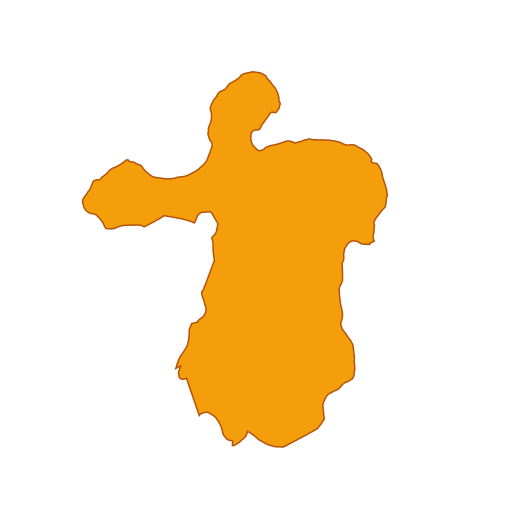 Bois D'Orange/Trouya, Gros Islet, Saint Lucia (Mercator projection), rotated 46°
{"feature_id": "8701671B8810495152060", "entity_name": "Bois D'Orange/Trouya", "entity_type": "district", "adm_level": 2, "iso_a3": "LCA", "parent_name": "Saint Lucia", "parent_adm1": "Gros Islet", "projection": "mercator", "projection_center": [-60.971, 14.062], "detail": "fine", "context": "isolated", "style": "filled", "palette": "amber", "viewbox_px": 512, "rotation_deg": 46, "n_neighbors": 0, "source": "geoboundaries", "source_scale": "gbopen_adm2", "svg_char_len": 6130}
<svg xmlns="http://www.w3.org/2000/svg" viewBox="0 0 512 512"><g transform="rotate(46 256 256)"><path d="M326.6,166.3L326.0,165.7L327.4,160.5L325.1,159.7L324.0,159.0L322.6,157.4L321.3,155.3L320.2,153.9L318.7,152.5L317.4,150.7L316.0,149.3L314.2,148.4L313.4,147.1L312.2,143.8L311.9,142.4L311.8,140.7L311.2,138.0L311.0,135.4L310.6,133.8L310.6,130.1L310.2,128.4L308.8,126.7L307.4,124.7L305.9,123.0L304.6,121.5L304.1,119.8L298.0,115.4L286.8,109.9L285.8,109.2L284.6,108.4L282.7,107.2L279.6,105.9L275.1,104.9L273.4,104.8L271.1,106.6L270.0,107.3L268.5,107.6L267.8,107.4L267.5,106.6L266.8,105.5L264.3,104.9L262.5,104.8L260.7,104.4L258.2,104.6L255.2,105.0L253.6,105.1L249.9,106.4L248.3,107.0L247.1,107.3L244.5,108.1L243.3,109.1L241.1,111.5L240.6,112.3L239.3,113.6L238.4,114.2L236.5,115.2L235.0,115.8L233.6,116.3L233.1,116.3L229.9,118.2L228.8,119.0L226.5,120.6L224.0,122.5L218.7,127.5L217.3,128.9L216.7,129.8L214.0,132.0L213.0,133.3L210.3,135.4L208.8,136.4L208.0,137.6L205.9,141.3L205.0,143.8L203.8,145.5L202.4,148.6L202.1,149.7L201.7,149.8L200.6,149.8L199.2,150.4L195.9,152.6L194.5,154.3L193.4,156.6L192.1,159.6L190.1,163.4L188.5,166.2L186.8,168.7L185.6,171.2L184.9,173.0L184.7,174.9L184.7,176.5L184.1,178.1L183.1,179.8L182.4,180.7L180.1,181.3L174.3,181.4L171.3,180.3L167.6,178.0L166.6,176.6L165.2,175.6L164.1,173.5L163.9,170.9L164.5,169.5L166.7,166.9L167.3,165.7L167.1,164.4L166.6,162.7L165.9,161.6L163.6,148.2L163.0,146.4L163.4,145.0L164.2,144.1L165.3,143.4L166.6,142.2L166.6,140.7L166.2,139.7L165.7,136.3L164.6,135.2L163.8,133.9L163.6,133.0L162.1,132.1L160.8,132.2L160.2,131.5L158.1,129.6L154.9,127.8L153.3,127.0L150.6,126.1L148.7,125.6L145.7,125.3L144.0,125.3L142.3,124.9L140.4,124.6L138.2,124.7L135.5,124.5L134.4,124.0L133.4,123.9L131.5,124.2L129.4,124.8L127.6,125.5L125.9,126.7L122.3,129.5L120.3,131.6L119.3,133.6L117.9,135.6L117.0,137.2L116.0,139.2L115.8,140.9L115.8,142.3L116.1,143.9L115.5,148.3L114.2,153.3L113.7,154.8L113.8,156.9L114.2,159.8L114.6,162.0L114.1,164.2L113.6,165.8L113.1,166.4L112.7,167.8L112.8,170.3L113.9,174.0L114.3,177.3L114.9,179.7L115.6,181.7L116.8,184.4L117.7,186.0L118.6,186.8L122.5,189.1L124.9,191.2L127.1,193.8L128.6,196.3L130.8,201.1L131.5,202.1L132.7,202.9L133.8,204.6L135.2,206.1L138.4,207.7L141.0,208.8L142.6,208.8L144.2,209.4L145.7,210.4L146.9,211.9L148.4,215.2L149.6,217.4L150.5,219.5L152.9,224.4L153.7,227.7L153.8,230.6L153.8,232.5L153.6,236.8L153.0,241.0L151.7,245.2L150.7,248.9L149.2,251.9L146.1,256.2L145.0,257.4L144.5,258.4L143.7,260.1L142.4,262.1L141.3,263.5L138.7,266.4L136.9,268.1L135.5,268.9L133.7,270.6L128.5,274.5L126.6,275.5L122.8,276.1L120.5,276.4L118.8,276.7L114.7,276.3L112.5,276.0L110.8,275.9L110.2,276.1L109.1,276.7L105.8,278.3L105.2,278.2L104.0,278.6L102.8,279.3L100.9,280.9L100.1,281.3L99.4,281.5L98.9,281.3L98.3,281.2L97.5,281.7L97.1,282.2L96.8,282.7L96.7,285.0L96.3,287.6L95.3,292.7L94.8,294.1L94.4,295.6L93.8,296.7L93.4,297.6L92.7,300.8L92.7,302.9L92.9,304.9L92.9,307.7L92.7,309.5L92.2,312.2L92.5,313.1L92.6,314.8L92.4,315.7L91.9,316.3L90.9,317.1L89.7,319.2L89.2,321.2L89.8,322.6L92.6,328.9L93.0,331.1L93.1,332.4L93.2,333.0L93.5,333.5L93.7,334.1L94.2,337.8L94.7,339.9L95.1,341.2L95.7,342.1L96.6,343.2L97.1,343.6L99.0,344.6L101.4,345.8L102.6,346.2L103.6,346.5L105.3,346.6L107.2,346.5L108.5,346.2L109.7,345.7L111.4,344.8L113.1,343.3L113.9,342.7L114.6,342.6L115.5,342.5L118.9,342.3L120.0,342.3L121.7,342.6L125.0,342.8L130.1,344.5L131.1,344.8L131.9,344.9L135.8,341.5L137.8,338.9L139.3,334.7L141.3,331.0L142.2,329.8L143.1,328.8L145.5,326.0L151.2,320.0L153.1,318.2L154.3,317.2L157.3,316.3L160.3,306.1L161.5,301.3L162.2,299.6L162.4,297.8L162.9,295.7L163.0,294.1L164.0,293.6L166.1,291.9L166.6,291.6L168.4,290.2L171.8,287.7L174.3,286.1L178.4,283.0L180.6,281.8L185.5,279.0L187.3,278.2L188.6,277.8L189.2,277.4L189.4,277.1L189.0,276.2L188.0,273.6L186.4,270.1L186.2,267.6L186.7,265.0L190.3,260.6L192.3,258.4L193.1,257.7L206.2,260.9L207.9,263.2L211.0,267.7L211.5,268.8L212.0,272.2L212.0,275.0L215.1,276.8L216.7,278.1L217.6,278.5L219.0,280.1L221.2,282.0L222.4,283.2L226.1,286.0L230.2,288.9L242.2,314.0L242.1,314.5L242.6,315.3L243.2,315.8L243.5,316.6L244.0,318.8L244.1,319.9L245.5,321.3L247.8,322.7L251.5,324.3L255.1,326.3L258.5,328.0L259.7,328.8L261.7,331.7L262.6,334.8L262.9,335.5L262.9,336.8L262.3,340.4L262.3,341.4L262.4,342.7L262.6,343.6L263.1,343.8L260.6,348.1L259.9,349.2L262.0,353.9L262.6,355.0L263.6,356.2L265.9,358.5L267.8,360.6L270.2,363.8L271.9,366.3L272.3,367.1L272.9,368.3L273.3,369.6L273.9,371.9L275.4,378.2L275.3,379.3L275.5,379.4L275.7,380.4L276.2,381.6L276.7,383.1L278.3,386.4L278.8,387.7L279.7,389.1L281.2,391.8L282.4,386.8L283.1,386.7L284.0,389.1L285.0,391.3L286.2,392.9L288.3,394.4L289.2,395.1L289.9,395.4L291.3,395.6L292.6,395.1L293.5,394.5L294.3,393.6L294.9,392.8L295.3,392.0L295.5,391.3L295.5,390.9L331.3,407.6L331.0,405.8L332.6,402.0L334.7,399.3L338.9,398.0L343.9,397.1L348.9,398.0L353.7,399.3L356.6,400.7L361.8,403.7L367.4,404.2L369.2,403.7L372.8,401.3L373.3,401.6L374.7,403.3L375.9,404.6L376.8,404.0L377.5,402.0L377.7,401.0L378.5,396.9L378.4,395.2L378.7,391.3L378.5,388.2L378.4,387.8L377.7,386.4L377.1,385.4L376.3,383.8L379.7,382.9L384.2,382.0L390.4,381.6L399.8,378.6L406.4,374.8L412.5,368.9L419.9,343.1L422.8,332.1L422.0,325.3L420.6,320.1L416.9,317.3L412.7,313.9L409.4,311.3L408.1,308.9L406.8,305.6L406.1,303.8L405.8,302.1L405.7,299.9L407.1,294.9L407.8,292.2L409.0,289.8L408.9,289.3L408.9,286.5L408.5,283.4L408.9,279.9L410.3,276.9L410.8,273.7L411.3,272.1L411.2,271.3L410.6,270.1L410.4,269.0L409.8,268.2L408.7,267.1L408.3,266.4L407.0,265.0L406.8,264.6L406.0,263.5L399.4,257.9L398.0,256.3L394.0,253.1L396.2,254.9L394.9,253.8L389.0,249.3L386.4,247.7L383.9,247.1L382.0,246.6L376.4,245.9L376.0,245.7L371.8,245.1L368.5,244.7L365.6,243.4L364.2,242.6L362.6,240.9L361.5,238.5L359.4,235.6L357.7,233.9L353.9,231.3L349.7,228.9L344.7,225.1L341.9,223.0L340.8,221.9L337.4,219.0L336.3,217.2L335.4,214.6L333.7,210.7L327.2,204.5L322.8,200.7L320.8,198.8L319.9,195.9L318.6,194.4L315.9,192.0L313.8,189.4L312.4,187.1L311.5,184.3L311.1,181.8L310.9,179.0L312.3,175.8L314.7,173.7L317.2,172.5L319.7,172.0L321.5,171.0L326.6,166.3Z" fill="#f59e0b" stroke="#b45309" stroke-width="1.5"/></g></svg>